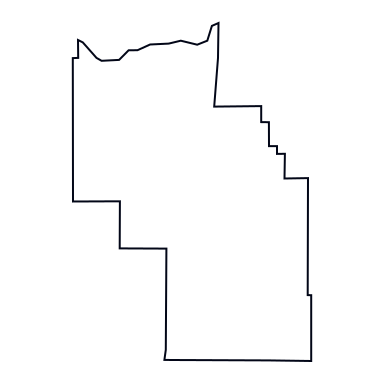 outline of Columbia, Washington, United States of America
{"feature_id": "52423323B83269960896154", "entity_name": "Columbia", "entity_type": "district", "adm_level": 2, "iso_a3": "USA", "parent_name": "United States of America", "parent_adm1": "Washington", "projection": "mercator", "projection_center": [-117.924, 46.312], "detail": "fine", "context": "isolated", "style": "outline", "palette": "ink", "viewbox_px": 384, "rotation_deg": 0, "n_neighbors": 0, "source": "geoboundaries", "source_scale": "gbopen_adm2", "svg_char_len": 572}
<svg xmlns="http://www.w3.org/2000/svg" viewBox="0 0 384 384"><path d="M171.6,360.0L268.5,360.4L311.2,361.0L311.2,295.2L307.7,295.1L308.0,178.1L284.5,178.5L284.9,153.8L277.0,153.9L277.0,146.1L269.0,146.1L268.9,122.2L261.2,122.1L261.2,106.1L214.2,106.6L218.0,58.0L218.5,23.0L211.9,25.9L207.3,40.7L197.2,44.7L180.8,40.7L168.7,43.6L150.1,44.5L137.5,50.2L128.6,50.3L119.1,59.9L101.6,60.8L96.5,57.9L82.8,42.4L78.0,40.0L78.2,57.9L72.8,58.1L73.0,201.5L119.9,201.3L119.7,248.4L166.4,248.6L165.8,349.8L164.4,359.9L171.6,360.0Z" fill="none" stroke="#020617" stroke-width="2"/></svg>